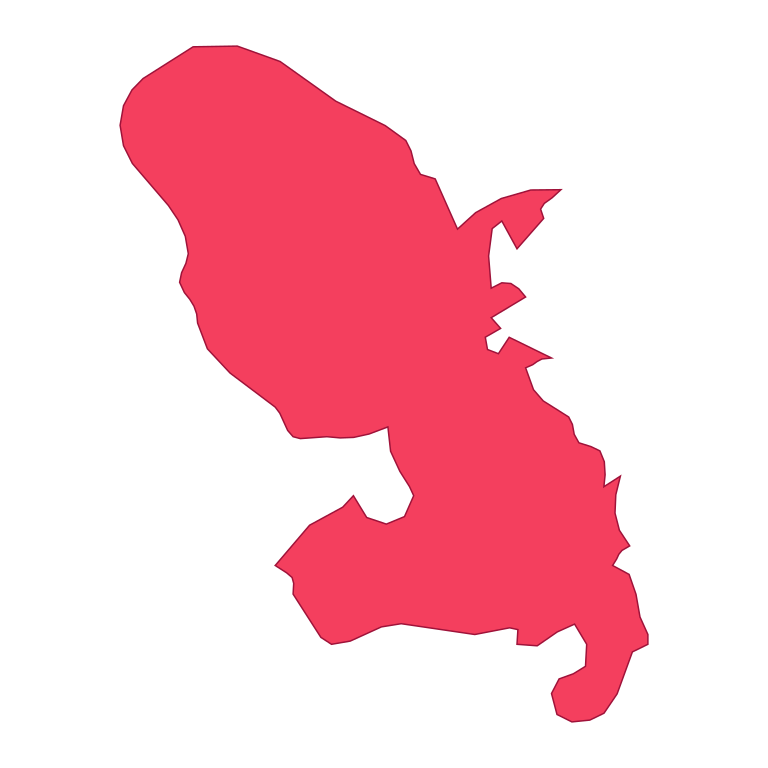 Martinique, Robinson projection
{"feature_id": "FRA-1442", "entity_name": "Martinique", "entity_type": "Overseas department", "adm_level": 1, "iso_a3": "FRA", "parent_name": "France", "parent_adm1": "", "projection": "robinson", "projection_center": [-60.978, 14.643], "detail": "fine", "context": "isolated", "style": "filled", "palette": "rose", "viewbox_px": 768, "rotation_deg": 0, "n_neighbors": 0, "source": "natural_earth", "source_scale": "10m", "svg_char_len": 1723}
<svg xmlns="http://www.w3.org/2000/svg" viewBox="0 0 768 768"><path d="M647.9,644.3L632.4,651.9L617.1,693.9L604.0,713.2L589.8,720.1L571.9,721.9L557.0,714.5L551.5,693.5L559.1,678.9L573.3,673.8L585.5,666.3L586.7,644.3L574.6,624.1L557.3,631.9L537.2,645.8L517.0,644.3L517.9,629.6L509.6,627.8L474.8,634.5L401.2,623.7L381.4,626.9L350.2,641.1L331.5,644.3L320.9,637.4L293.1,594.1L293.7,583.4L292.1,577.5L286.6,572.8L275.2,565.5L309.6,525.2L342.7,507.2L353.4,495.7L366.7,517.5L386.3,524.1L404.5,516.6L413.7,495.7L409.5,486.6L399.9,471.4L390.6,451.3L387.9,426.9L369.1,434.0L353.7,437.4L340.2,437.9L326.8,436.7L300.3,438.6L293.1,436.7L287.7,430.5L279.8,413.2L275.2,407.1L230.1,373.1L207.4,348.8L197.6,323.1L196.7,314.0L194.0,306.2L189.8,299.3L184.4,292.6L179.6,282.3L181.6,272.7L185.9,263.4L188.3,253.7L185.3,236.3L178.0,219.8L168.4,205.5L132.4,163.5L123.5,145.7L120.1,125.3L123.5,105.7L132.0,89.9L143.1,78.5L193.1,46.8L237.3,46.1L280.1,61.5L335.8,101.2L385.2,125.6L405.8,140.5L411.0,150.9L414.2,163.6L420.5,174.4L435.2,178.9L457.5,229.1L475.7,212.6L501.3,198.5L530.8,190.0L560.9,189.7L552.1,197.8L544.3,203.4L540.6,209.1L543.7,218.4L517.0,248.8L501.8,221.0L492.2,228.6L488.6,256.0L491.2,288.2L501.8,282.8L510.9,283.5L518.8,288.8L525.6,297.0L491.2,317.7L500.6,328.4L485.3,337.2L487.5,349.5L498.4,353.7L509.2,337.3L551.5,358.0L541.9,359.0L537.0,361.6L532.7,364.7L525.6,367.8L533.5,389.7L543.2,400.9L568.7,417.0L572.4,424.4L574.2,434.3L578.9,442.8L591.0,446.6L599.9,450.9L604.3,461.7L605.1,474.8L603.9,486.7L620.4,476.1L615.8,494.8L615.0,513.1L619.4,530.3L629.7,545.9L622.0,550.4L618.8,554.3L616.7,558.9L612.6,565.5L629.1,574.4L636.0,594.3L640.0,617.0L647.9,634.5L647.9,644.3Z" fill="#f43f5e" stroke="#9f1239" stroke-width="1.5"/></svg>